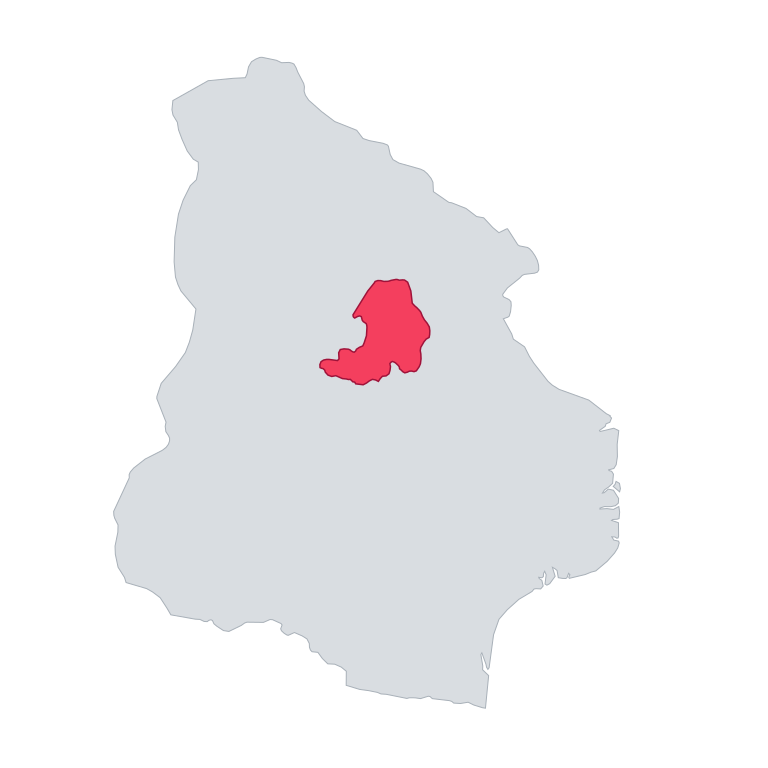 Plateau highlighted on a map of Nigeria, rotated 277°
{"feature_id": "NGA-2866", "entity_name": "Plateau", "entity_type": "State", "adm_level": 1, "iso_a3": "NGA", "parent_name": "Nigeria", "parent_adm1": "", "projection": "orthographic", "projection_center": [9.38, 9.346], "detail": "fine", "context": "in_parent", "style": "filled", "palette": "rose", "viewbox_px": 768, "rotation_deg": 277, "n_neighbors": 0, "source": "natural_earth", "source_scale": "10m", "svg_char_len": 5201}
<svg xmlns="http://www.w3.org/2000/svg" viewBox="0 0 768 768"><g transform="rotate(277 384 384)"><path d="M639.6,139.9L663.6,172.5L669.0,196.9L671.1,209.0L675.0,210.3L682.3,210.9L687.7,213.2L690.9,217.2L693.0,220.9L693.4,223.1L692.2,237.8L690.4,243.2L691.6,250.4L691.3,253.5L690.6,255.6L687.3,258.1L682.9,260.5L672.4,267.7L669.3,268.8L664.9,269.0L661.0,270.8L656.5,274.7L646.8,288.8L638.5,303.1L632.5,326.0L625.1,333.2L623.8,339.6L622.8,353.8L621.7,358.2L620.5,359.4L612.5,362.2L607.8,365.5L605.1,372.0L601.7,394.1L600.5,397.7L597.9,401.5L593.8,405.7L590.2,408.0L580.9,409.6L572.2,426.2L572.1,429.1L568.2,444.1L561.5,455.5L561.1,462.7L552.6,472.8L548.2,479.6L552.8,486.6L553.1,487.7L538.5,499.8L537.6,501.6L537.0,509.9L535.9,512.1L533.2,515.2L529.2,518.6L525.2,521.2L520.6,523.0L516.2,523.7L513.8,522.7L512.4,520.1L509.9,510.0L508.6,507.9L505.8,505.9L494.4,494.8L487.5,490.9L486.0,491.2L484.9,492.3L483.0,497.9L481.1,500.0L477.4,500.7L471.2,500.8L466.6,500.0L465.5,498.9L463.3,494.5L449.2,504.7L444.3,506.9L438.0,519.0L429.2,524.9L423.0,530.1L406.6,546.5L403.3,551.3L400.0,558.5L393.0,589.2L381.6,608.3L380.1,612.4L379.5,612.2L377.9,614.0L373.5,612.8L371.6,609.3L368.9,608.7L364.2,603.5L363.2,604.3L368.1,617.5L366.3,622.7L352.4,622.8L340.4,624.5L332.2,624.3L328.1,622.4L326.2,617.4L325.5,617.9L325.1,620.6L322.5,622.7L313.3,623.0L309.2,619.6L305.9,615.8L302.4,614.1L302.9,615.7L307.0,619.4L306.5,624.7L299.0,630.8L294.3,631.1L291.4,628.5L289.9,624.1L289.2,617.7L287.2,613.5L286.2,613.5L287.5,620.5L287.5,627.0L291.0,632.0L285.6,633.5L279.1,633.7L278.2,631.8L277.4,627.6L276.3,626.5L274.9,633.6L261.6,635.4L259.7,635.1L259.3,633.8L260.3,631.9L260.1,628.7L257.1,631.1L256.6,636.0L254.9,636.8L249.8,636.0L244.3,633.4L235.3,627.2L224.3,617.0L222.5,612.5L219.4,606.9L213.7,591.6L214.8,590.9L217.3,591.8L218.6,590.3L214.0,589.2L213.1,588.1L212.8,584.7L213.0,580.6L220.0,578.5L221.6,576.0L222.6,573.5L214.0,577.3L206.0,572.8L204.2,570.2L205.1,568.2L214.4,568.2L217.7,566.3L215.7,565.5L212.2,565.6L210.9,564.3L211.0,561.1L209.8,561.8L208.3,564.6L202.9,566.6L199.7,564.5L199.4,559.9L198.8,557.9L196.1,556.2L186.7,544.1L175.0,533.9L164.5,526.8L148.6,523.3L115.2,522.9L113.4,521.9L115.4,520.3L118.4,519.3L129.1,513.9L127.3,513.1L116.2,516.4L112.4,516.7L107.3,523.4L74.6,524.2L74.7,521.2L76.3,512.3L78.4,506.3L76.2,498.8L75.8,492.1L77.2,490.0L77.7,487.5L77.6,470.3L79.4,467.8L79.5,466.0L76.2,458.6L76.3,453.0L75.7,447.5L74.7,445.0L76.3,424.0L76.0,418.8L77.1,415.1L77.8,406.0L77.9,397.1L80.3,383.2L94.3,381.6L97.8,376.1L99.9,369.2L99.4,362.3L104.0,356.3L109.6,351.1L109.5,345.2L111.0,343.4L113.6,342.1L117.3,341.5L121.6,338.6L124.0,333.5L126.4,325.4L122.9,319.6L123.0,318.3L124.4,315.3L126.6,312.3L128.4,311.3L132.4,312.2L133.7,311.0L136.5,302.0L136.3,299.5L132.7,293.4L130.9,277.0L129.8,274.8L127.0,271.8L119.5,260.2L119.7,254.7L123.1,247.8L125.3,244.4L128.3,242.6L128.9,241.0L128.1,239.0L126.6,237.5L126.4,234.4L127.9,230.0L127.6,225.2L128.9,200.6L135.2,195.8L144.6,187.9L149.4,179.6L152.0,173.3L155.5,152.2L160.4,150.0L169.7,142.4L182.2,138.1L190.3,136.8L204.5,137.9L211.7,137.2L217.9,133.1L220.7,131.9L224.6,131.2L259.8,142.6L263.0,142.1L265.7,142.9L270.1,145.8L280.4,156.1L291.2,172.1L294.6,175.5L298.0,177.4L301.4,178.1L304.1,177.8L306.6,176.3L310.1,173.3L315.3,172.0L319.6,172.3L341.8,160.3L343.9,160.1L357.5,162.8L375.9,175.0L391.0,183.0L401.7,185.7L414.2,187.6L435.5,188.2L451.6,171.1L457.5,167.4L464.7,164.0L479.6,160.8L504.3,158.5L527.6,159.3L542.0,162.2L557.3,167.6L563.9,172.9L574.2,173.7L581.6,172.6L583.9,167.3L591.3,160.3L602.3,153.7L611.2,149.1L618.6,147.0L625.2,141.8L630.4,140.1L639.6,139.9ZM314.1,629.8L309.0,631.4L305.7,631.0L310.3,624.0L312.6,625.6L315.6,626.2L314.1,629.8Z" fill="#d9dde1" stroke="#a8b0b8" stroke-width="1"/><path d="M484.7,362.7L485.9,365.2L486.2,368.0L485.8,371.4L486.4,375.3L486.9,376.8L487.7,378.3L489.3,383.3L489.3,384.8L488.9,386.5L489.6,389.7L489.7,391.7L487.9,395.1L479.6,399.3L467.6,402.2L465.1,405.2L463.9,407.1L461.2,410.4L459.7,411.8L456.0,413.8L452.6,416.3L449.6,419.4L446.2,422.0L442.4,423.0L438.5,423.3L435.7,423.1L433.7,420.4L430.9,418.6L424.8,416.0L421.6,415.9L418.3,416.9L413.5,417.7L408.6,417.7L405.4,416.8L401.0,414.5L399.9,412.3L400.2,409.8L399.8,407.6L398.6,405.8L397.6,403.3L398.5,401.1L399.8,399.5L401.0,397.6L403.0,397.0L404.2,395.8L406.4,392.8L407.1,391.0L407.4,389.5L406.5,388.3L405.0,387.3L403.4,387.8L402.6,388.2L401.7,388.3L398.2,388.3L394.8,387.7L392.3,385.1L391.5,381.5L388.9,379.6L385.9,378.1L387.0,375.1L387.2,371.9L385.3,369.1L382.8,366.5L380.7,363.4L380.7,355.9L382.2,354.8L382.4,353.8L382.3,352.9L384.5,350.0L384.1,348.2L384.4,346.1L384.3,342.1L386.4,335.2L385.1,331.2L386.0,327.3L388.6,324.3L390.5,323.5L391.8,321.8L392.0,320.0L392.5,318.5L395.5,318.0L398.5,318.8L400.4,321.1L401.4,324.0L401.7,326.6L401.6,335.0L403.5,336.3L409.5,335.2L412.9,336.4L414.0,340.0L414.2,344.4L413.8,346.0L412.9,347.4L412.2,348.9L411.9,350.5L413.2,351.8L415.1,352.4L417.4,355.1L419.2,358.3L422.4,359.3L429.7,360.7L438.0,360.2L440.0,359.8L441.8,359.0L443.4,355.8L444.7,354.6L448.1,353.3L448.6,351.6L447.9,349.7L445.9,346.9L446.6,345.7L447.3,345.2L448.9,344.8L474.4,356.6L483.1,362.0L484.7,362.7Z" fill="#f43f5e" stroke="#9f1239" stroke-width="1.5"/></g></svg>